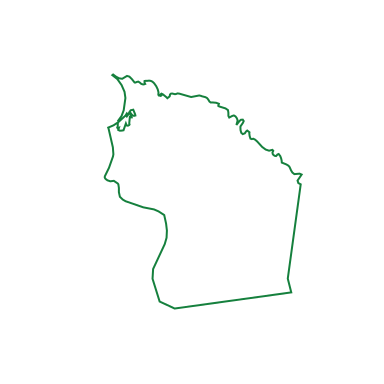 an SVG outline of Al Buhayrah, rotated 320°
{"feature_id": "EGY-1541", "entity_name": "Al Buhayrah", "entity_type": "Governorate", "adm_level": 1, "iso_a3": "EGY", "parent_name": "Egypt", "parent_adm1": "", "projection": "orthographic", "projection_center": [30.434, 30.698], "detail": "fine", "context": "isolated", "style": "outline", "palette": "green", "viewbox_px": 384, "rotation_deg": 320, "n_neighbors": 0, "source": "natural_earth", "source_scale": "10m", "svg_char_len": 2736}
<svg xmlns="http://www.w3.org/2000/svg" viewBox="0 0 384 384"><g transform="rotate(320 192 192)"><path d="M169.2,88.8L174.8,90.5L180.3,91.1L179.1,91.9L177.4,93.9L176.1,94.6L176.0,95.5L176.7,95.8L177.2,95.9L175.4,97.1L176.0,98.5L177.6,99.8L179.2,100.7L185.4,97.0L184.7,99.0L185.5,100.0L186.8,100.3L187.5,100.2L188.1,99.0L192.6,94.6L193.0,95.5L193.7,96.0L194.0,94.9L194.3,94.4L194.6,93.6L194.8,92.2L195.7,92.2L195.6,94.1L195.9,95.6L196.7,96.5L197.8,97.0L198.4,95.9L199.9,91.2L197.6,90.0L195.5,90.5L193.2,91.6L190.6,92.2L190.6,91.1L191.0,91.1L192.1,91.2L192.6,91.2L192.6,89.9L190.2,90.7L181.3,91.1L181.3,89.9L186.9,88.5L192.2,85.5L201.4,77.2L204.7,71.9L206.8,64.8L207.4,57.4L206.1,51.3L207.1,51.3L207.9,54.7L209.2,58.0L211.3,60.4L214.3,60.9L214.2,60.9L214.3,60.9L216.8,61.3L218.2,63.4L218.5,66.9L218.4,71.2L219.0,71.8L220.4,72.2L221.8,72.9L222.4,74.8L222.6,76.5L223.3,77.7L224.2,78.6L225.6,79.1L225.7,78.5L226.2,77.3L227.0,76.5L228.2,77.2L228.9,77.9L230.1,78.7L230.7,79.1L231.6,80.1L232.3,81.2L232.7,82.6L232.9,84.4L232.6,88.0L231.7,91.4L230.4,94.1L228.7,95.9L228.7,97.0L229.3,97.4L229.4,97.6L229.5,97.8L229.8,98.3L230.7,98.3L230.7,97.0L231.8,97.0L232.5,98.6L233.4,103.3L233.4,104.3L235.9,104.4L236.0,104.3L236.7,104.2L237.2,103.7L237.8,103.2L239.0,103.1L240.1,103.8L241.8,106.1L242.6,106.6L244.3,107.2L245.5,108.5L252.4,118.7L259.6,122.7L260.7,124.2L261.1,125.0L263.2,127.9L263.9,129.6L263.9,131.4L263.5,134.0L263.9,135.5L265.2,136.5L267.8,139.1L269.3,141.7L267.5,142.9L267.8,143.9L271.4,149.5L272.2,152.4L270.8,154.7L268.8,157.1L268.4,158.9L271.7,159.6L273.3,160.3L273.9,162.0L273.8,164.0L273.3,165.7L272.6,166.8L269.1,169.2L273.8,168.2L275.9,168.1L277.4,169.2L277.2,170.9L275.3,171.8L271.3,172.9L270.4,173.9L268.9,175.9L267.8,178.3L268.1,180.3L270.2,181.0L272.2,180.4L273.8,180.4L274.4,183.2L273.6,183.9L272.1,186.2L271.1,188.7L271.8,189.9L273.2,190.6L274.0,192.5L274.4,195.1L274.7,202.5L275.7,206.8L277.6,209.9L280.7,211.4L280.7,212.7L279.0,213.5L278.3,214.7L278.2,216.1L278.7,217.6L279.5,218.5L280.5,218.4L281.6,218.2L282.8,218.6L282.7,221.2L281.9,223.5L280.9,225.5L279.7,227.2L281.8,231.1L282.6,233.1L282.9,235.0L282.5,236.7L281.8,239.0L281.4,241.6L281.9,244.1L286.2,247.1L287.2,249.1L280.2,251.1L279.2,253.5L280.2,256.0L209.7,319.9L203.5,332.7L103.8,270.1L96.8,255.1L106.0,233.1L112.7,226.0L137.6,214.4L143.1,210.7L148.0,205.4L151.8,199.6L155.9,191.8L153.9,185.3L151.7,180.9L144.8,172.4L135.2,156.4L134.1,153.3L133.7,149.3L135.9,145.1L138.6,141.9L140.5,138.8L140.6,137.8L139.3,133.2L136.3,131.3L135.3,129.6L134.7,128.7L134.6,128.1L134.4,127.5L134.2,126.1L134.3,125.4L134.5,124.8L134.7,124.5L135.4,123.9L144.0,120.1L154.3,114.0L156.0,112.6L160.1,106.9L168.8,89.9L169.2,88.8Z" fill="none" stroke="#15803d" stroke-width="2"/></g></svg>